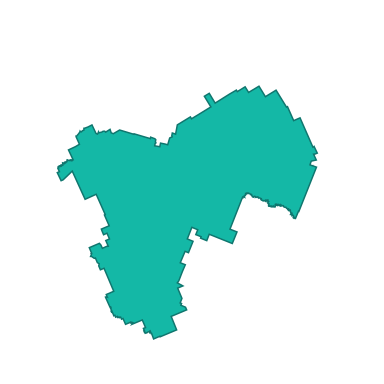 the district of Central Darling, New South Wales, Australia, rotated 59°
{"feature_id": "25037944B50105666035452", "entity_name": "Central Darling", "entity_type": "district", "adm_level": 2, "iso_a3": "AUS", "parent_name": "Australia", "parent_adm1": "New South Wales", "projection": "albers", "projection_center": [143.358, -31.772], "detail": "fine", "context": "isolated", "style": "filled", "palette": "teal", "viewbox_px": 384, "rotation_deg": 59, "n_neighbors": 0, "source": "geoboundaries", "source_scale": "gbopen_adm2", "svg_char_len": 5944}
<svg xmlns="http://www.w3.org/2000/svg" viewBox="0 0 384 384"><g transform="rotate(59 192 192)"><path d="M237.5,320.3L248.3,321.6L248.5,320.9L249.7,321.1L249.7,321.7L252.4,322.0L252.4,322.7L253.7,322.8L253.8,322.2L256.6,322.5L257.8,322.8L258.0,321.6L260.0,321.9L260.2,320.1L261.3,320.3L261.5,319.0L262.3,319.1L262.5,317.6L264.7,317.9L264.9,316.3L271.2,317.1L271.9,312.2L272.0,312.2L271.9,312.0L272.4,312.0L272.3,311.2L272.6,311.1L272.7,310.6L273.0,310.4L272.9,310.7L273.2,310.8L273.2,311.1L273.3,311.3L273.5,311.1L273.9,311.2L273.9,310.9L274.1,310.8L274.3,310.9L274.5,311.4L276.1,300.5L284.3,301.7L283.9,303.9L286.3,304.2L286.2,304.8L287.8,305.0L287.8,304.6L289.0,304.8L289.1,303.8L289.4,303.6L289.5,303.3L289.2,303.0L289.6,299.9L289.4,299.8L289.4,299.4L290.1,299.5L289.9,300.5L291.1,300.7L291.3,299.7L292.4,299.9L292.5,299.5L298.2,300.6L299.1,293.8L299.7,293.9L302.3,276.2L287.9,273.9L290.3,257.3L287.4,256.9L283.3,259.9L282.2,258.4L281.0,259.3L278.0,255.4L267.0,253.8L267.8,248.2L262.3,251.4L261.3,249.0L255.3,241.3L250.9,235.2L246.6,238.5L239.3,228.5L242.2,226.3L234.8,216.5L229.8,220.2L222.2,210.3L227.3,206.5L230.5,210.7L235.0,207.2L236.0,208.4L241.3,204.4L237.1,199.0L256.9,184.0L249.4,174.0L243.4,178.6L223.5,152.7L223.2,152.1L222.4,151.3L222.4,151.1L222.9,151.0L222.6,150.7L222.9,150.1L223.3,149.8L222.7,149.8L222.3,149.6L222.3,149.1L222.6,148.7L222.4,148.1L222.0,148.0L222.0,147.4L221.7,147.4L221.5,146.9L221.0,146.8L221.1,146.6L221.7,146.3L221.7,146.2L221.0,145.8L221.5,145.2L222.2,144.9L222.3,144.6L221.9,144.3L222.5,144.0L223.0,143.3L223.2,143.2L223.8,143.3L224.2,143.3L224.4,142.6L224.8,142.2L225.0,142.3L225.5,142.7L226.0,142.4L226.9,142.7L227.3,142.3L227.9,142.3L228.1,142.0L227.7,141.3L227.9,140.5L228.5,140.1L229.0,140.4L229.0,139.8L229.6,139.8L229.6,139.4L229.9,139.0L230.0,138.3L230.9,138.2L230.6,137.9L231.7,137.5L232.1,136.9L232.7,136.7L233.0,136.3L233.4,136.0L233.5,136.1L233.5,136.7L234.0,136.8L234.8,136.6L235.2,136.0L236.1,135.8L236.4,135.4L236.2,135.1L236.4,134.8L236.5,134.5L236.9,134.4L237.0,134.0L237.8,133.7L237.3,133.4L236.9,133.0L237.2,132.7L237.7,132.9L238.0,132.9L237.5,131.8L237.9,131.2L238.1,131.5L238.7,131.3L239.1,131.8L239.5,131.5L239.5,131.8L240.0,132.1L240.3,132.8L240.8,132.7L240.5,132.5L240.6,132.3L240.9,132.4L241.7,132.1L242.0,132.7L242.4,132.6L243.0,132.8L243.0,133.3L243.5,133.6L243.8,133.5L244.2,132.9L244.4,132.0L245.1,132.0L245.5,131.8L245.4,131.5L244.8,131.5L244.9,131.1L245.3,130.7L246.0,130.8L246.5,130.3L246.2,130.0L246.0,129.5L246.5,129.5L247.1,129.0L247.6,128.7L247.3,128.3L247.3,128.1L247.0,127.7L246.4,127.6L246.4,127.2L246.1,127.1L245.9,127.3L245.5,127.0L245.5,126.8L245.8,126.8L245.9,126.3L246.3,126.6L246.8,126.7L246.8,126.3L247.1,126.0L246.9,125.7L247.7,125.7L247.9,125.3L247.8,125.1L247.1,125.1L247.0,124.7L247.6,124.8L248.0,124.1L248.5,124.0L248.1,123.4L248.1,122.8L248.7,122.8L249.1,123.4L249.6,123.4L249.6,123.1L249.0,122.8L249.0,122.4L249.5,122.6L250.0,122.6L250.3,122.0L250.4,121.1L250.8,120.7L251.3,120.8L251.7,121.0L251.9,121.0L252.8,120.4L253.5,119.3L254.6,119.4L255.2,118.8L255.5,118.8L256.1,117.9L256.3,118.0L256.1,118.4L256.3,118.8L257.1,118.1L257.3,118.3L257.3,118.8L257.6,118.8L258.2,118.2L257.8,117.6L258.1,117.0L258.4,117.1L258.7,117.8L259.7,117.6L260.3,118.0L260.9,117.7L261.2,118.2L261.4,118.2L261.7,117.6L262.0,118.2L261.9,118.7L262.1,118.9L262.6,117.7L262.8,117.8L262.7,118.0L262.6,118.3L263.0,118.0L263.8,118.6L264.1,117.9L263.7,117.9L263.7,117.7L263.9,117.4L264.3,117.2L265.2,117.4L266.1,118.5L266.9,118.2L266.6,117.8L266.8,117.2L268.1,117.2L268.4,117.5L263.3,110.6L263.7,110.4L234.8,72.5L232.0,74.8L231.7,74.8L231.7,75.1L229.5,76.9L227.1,74.1L227.0,73.7L228.6,69.0L222.2,68.3L222.8,67.1L223.2,64.6L215.9,63.9L216.2,64.6L216.0,65.3L184.1,61.2L183.2,68.1L168.0,66.2L167.9,67.3L148.0,67.5L148.1,80.0L135.8,80.1L135.8,92.2L129.2,92.3L129.3,101.5L127.5,101.5L127.4,109.1L127.7,126.4L116.3,126.4L116.3,132.1L128.8,132.0L129.0,154.7L126.8,154.7L126.9,170.0L134.0,176.3L132.5,177.4L131.3,178.5L133.3,180.3L134.5,180.5L134.2,183.3L139.0,188.5L137.0,190.4L133.9,193.8L136.6,196.3L133.2,200.2L131.5,198.7L131.3,197.6L130.2,197.6L128.5,196.1L127.2,196.4L123.7,199.2L124.8,200.2L112.3,211.7L112.6,212.1L101.6,222.1L101.5,229.4L99.7,230.8L96.1,230.0L96.2,235.2L95.0,235.5L94.6,236.0L94.1,237.2L94.2,238.0L94.1,238.7L94.1,239.2L93.4,240.3L93.5,240.8L93.2,241.8L92.5,241.5L92.7,241.8L93.2,241.9L93.7,243.2L92.4,244.1L92.1,244.1L83.0,243.2L82.7,247.6L82.1,250.9L81.7,251.8L83.3,252.8L83.0,254.4L83.5,255.8L83.0,256.5L82.2,256.6L82.8,257.2L83.7,259.3L84.8,262.6L84.6,262.7L84.9,262.9L93.1,263.9L93.1,268.5L92.3,276.2L103.2,277.3L103.1,277.7L103.2,278.0L103.0,278.3L103.3,278.5L103.1,278.7L103.1,279.3L102.8,279.4L102.4,278.7L102.0,279.3L102.3,279.5L102.4,279.9L101.9,280.2L102.0,280.5L101.7,280.6L101.7,281.2L100.1,282.4L100.2,282.7L100.5,282.9L100.9,282.8L101.4,283.5L101.4,283.8L101.6,283.8L101.6,284.2L101.2,284.6L101.5,284.9L101.2,285.3L101.6,285.4L101.4,285.7L101.9,286.0L102.1,286.6L101.7,286.9L101.0,286.6L101.1,287.1L100.9,287.5L100.4,287.9L101.0,288.2L101.3,288.2L101.5,288.1L101.8,288.5L102.2,288.6L102.1,289.0L102.5,289.2L102.4,289.6L102.0,289.5L101.8,289.6L101.7,290.1L101.9,290.4L101.4,290.4L101.5,291.0L101.7,290.7L102.1,290.6L102.6,290.9L102.5,291.3L102.0,291.2L101.7,291.4L101.7,291.8L101.4,292.1L101.7,292.3L101.5,292.8L101.8,293.2L101.3,293.4L101.3,293.5L102.3,293.7L101.9,294.1L102.6,294.8L106.3,295.2L106.0,297.5L114.9,298.4L115.2,296.2L112.4,283.9L143.2,287.4L144.6,275.3L166.7,278.0L166.6,278.9L178.3,280.4L177.1,288.8L178.2,289.0L178.4,289.1L183.1,289.8L183.5,286.1L189.7,286.9L189.2,290.9L195.4,291.7L195.3,292.1L194.7,292.9L194.1,297.8L190.4,297.4L188.3,297.8L186.8,308.7L192.9,309.6L192.8,310.2L193.7,310.3L195.0,312.1L195.5,311.3L198.4,310.0L198.8,309.5L198.9,308.8L203.8,309.5L205.7,308.5L207.3,310.0L211.5,310.6L212.1,306.7L236.8,310.2L235.7,318.3L238.6,318.7L237.7,319.5L237.5,320.3Z" fill="#14b8a6" stroke="#0f766e" stroke-width="1.5"/></g></svg>